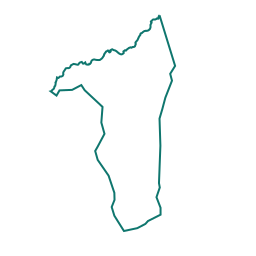 Fray Marcos, Florida, Uruguay (Robinson projection), rotated 163°
{"feature_id": "84410073B87921913847121", "entity_name": "Fray Marcos", "entity_type": "district", "adm_level": 2, "iso_a3": "URY", "parent_name": "Uruguay", "parent_adm1": "Florida", "projection": "robinson", "projection_center": [-55.745, -34.114], "detail": "fine", "context": "isolated", "style": "outline", "palette": "teal", "viewbox_px": 256, "rotation_deg": 163, "n_neighbors": 0, "source": "geoboundaries", "source_scale": "gbopen_adm2", "svg_char_len": 4818}
<svg xmlns="http://www.w3.org/2000/svg" viewBox="0 0 256 256"><g transform="rotate(163 128 128)"><path d="M181.1,197.1L181.6,196.2L182.0,195.1L182.8,194.1L183.4,193.1L184.0,192.8L184.2,191.6L184.8,190.5L185.3,189.6L186.2,189.2L186.7,188.1L187.8,187.0L189.2,186.6L190.2,185.7L191.2,185.7L186.9,179.9L182.5,184.0L170.3,180.8L160.1,182.7L158.4,176.8L146.2,155.6L151.9,141.0L152.2,129.3L162.4,119.1L166.1,115.6L166.3,106.4L160.5,88.1L160.0,70.0L161.9,63.2L166.7,57.2L166.7,48.1L162.0,30.7L148.4,29.5L139.4,31.2L136.1,33.2L122.2,35.6L120.2,42.2L121.0,53.5L115.0,61.8L114.5,66.2L102.2,101.6L95.1,127.8L89.5,136.3L83.4,146.1L72.1,160.4L71.8,167.5L64.8,173.6L64.9,226.5L64.9,226.4L65.2,226.4L65.3,226.3L65.5,226.2L65.6,225.9L65.8,225.8L65.8,225.7L66.1,225.4L66.3,225.2L66.5,224.9L66.6,224.6L66.6,224.4L66.8,224.1L66.9,223.9L67.0,223.8L67.1,223.7L67.3,223.7L67.4,223.8L67.5,224.1L67.9,224.2L68.0,224.2L68.1,224.3L68.3,224.3L68.5,224.3L68.7,224.1L68.8,224.0L69.2,223.9L69.4,223.9L69.5,223.9L70.1,223.9L70.5,223.8L70.8,224.0L71.1,224.1L71.7,224.3L72.1,224.4L72.3,224.4L72.7,224.3L73.1,224.1L73.3,224.0L73.8,223.6L74.2,223.4L74.4,223.4L74.8,223.3L75.0,223.2L75.1,222.8L75.1,222.7L74.9,222.5L74.9,222.4L74.7,222.4L74.6,222.2L74.6,221.9L74.8,221.6L75.1,221.4L75.3,221.2L75.5,221.0L75.6,220.9L76.0,220.4L76.4,220.0L76.5,219.7L76.6,219.0L76.7,218.8L76.8,218.5L77.0,217.8L77.2,217.5L77.3,217.3L77.6,216.9L78.2,216.2L78.3,216.1L78.6,216.0L78.8,216.0L79.0,215.9L79.2,215.7L79.3,215.6L79.8,215.5L80.2,215.4L80.5,215.3L80.8,215.3L81.1,215.4L81.3,215.5L81.5,215.5L82.2,215.5L82.6,215.7L82.7,215.8L82.9,215.8L83.1,215.8L83.3,215.8L83.5,215.8L83.8,215.9L84.2,215.8L84.4,215.8L84.8,215.7L85.6,215.4L86.3,215.1L86.6,214.9L86.8,214.8L87.1,214.8L87.3,214.8L87.6,214.8L87.9,214.8L88.2,214.7L88.3,214.6L88.4,214.4L88.5,214.4L88.6,214.2L88.8,213.8L89.0,213.7L89.1,213.3L89.8,212.8L90.5,212.4L90.7,212.1L91.0,211.8L91.3,211.6L91.4,211.4L91.7,211.1L91.8,210.9L91.9,210.7L92.1,210.5L92.4,210.3L92.5,210.1L92.7,209.9L92.9,209.7L93.1,209.4L93.3,209.3L93.5,209.1L93.9,208.9L94.1,208.7L94.5,208.5L94.7,208.3L94.9,208.3L95.3,208.0L95.5,207.9L95.7,207.7L95.8,207.6L96.0,207.3L95.9,207.2L95.9,206.7L96.0,206.1L96.1,205.9L96.2,205.7L96.5,205.4L96.8,205.0L97.0,204.9L97.2,204.5L97.4,204.2L97.5,204.1L98.0,203.9L98.6,203.8L99.0,203.9L99.4,203.9L99.5,204.0L99.8,204.1L100.0,204.1L100.4,204.0L100.5,203.9L100.9,203.8L101.2,203.8L101.4,203.8L101.5,203.9L101.8,204.3L102.0,204.3L102.3,204.4L102.5,204.4L102.9,204.3L103.1,204.3L103.4,204.3L103.7,204.3L103.8,204.2L104.0,204.1L104.4,203.9L104.5,203.9L104.8,203.9L105.3,203.8L105.5,203.7L105.8,203.5L106.1,203.3L106.3,203.2L106.7,203.1L106.9,203.0L107.0,202.9L107.3,202.7L107.4,202.8L107.6,202.8L107.8,203.1L108.2,203.2L108.4,203.2L108.6,203.1L108.8,202.9L109.1,202.8L109.3,202.8L109.5,202.7L109.8,202.7L110.0,202.5L110.1,202.4L110.1,202.0L110.1,201.8L110.1,201.6L110.1,201.4L110.1,201.1L110.2,200.9L110.4,200.8L110.6,200.7L110.8,200.6L111.6,200.4L111.8,200.4L112.1,200.3L112.3,200.3L112.5,200.3L113.1,200.5L113.5,200.7L114.2,201.3L114.4,201.5L114.5,201.7L114.7,201.8L114.8,202.0L115.1,202.4L115.2,202.7L115.4,202.8L115.5,203.0L115.7,203.3L115.8,203.5L116.0,203.8L116.2,204.1L116.4,204.4L116.4,204.5L116.5,204.7L116.6,204.8L116.8,205.0L117.0,205.3L117.5,205.7L117.6,205.9L117.9,206.1L118.1,206.2L118.4,206.4L118.6,206.5L118.8,206.6L119.0,206.7L119.1,206.9L119.3,207.0L119.6,207.3L119.7,207.5L119.8,207.7L119.9,207.8L120.0,207.8L120.4,207.9L120.5,207.9L121.1,207.7L121.4,207.7L121.5,207.7L121.8,207.5L121.9,207.4L122.0,207.4L122.0,207.2L122.0,206.9L122.1,206.6L122.1,206.4L122.3,206.2L122.5,206.1L122.8,205.9L123.0,205.8L123.3,205.7L123.5,205.7L123.7,205.8L123.8,205.9L123.9,206.1L123.9,206.3L123.9,206.5L123.9,206.9L123.9,207.1L124.0,207.4L124.1,207.6L124.3,207.8L124.5,208.0L124.8,208.0L124.9,207.9L125.0,207.8L125.2,207.7L125.3,207.7L125.5,207.7L125.8,207.6L126.1,207.6L126.4,207.6L126.5,207.6L126.9,207.4L127.0,207.3L127.0,207.1L127.2,206.9L127.3,206.8L128.3,206.3L128.4,206.2L128.5,206.1L128.7,205.9L128.8,205.7L129.0,205.7L129.3,205.3L129.4,205.2L129.5,205.1L129.6,204.9L129.8,204.5L129.9,204.3L129.9,204.2L130.0,204.1L130.3,204.0L130.5,203.8L130.6,203.7L130.9,203.5L131.0,203.4L131.5,202.9L132.7,202.1L133.8,201.7L135.1,201.3L136.3,201.6L137.8,202.1L139.2,202.8L140.4,203.5L141.9,203.5L142.9,203.1L143.7,202.4L144.3,201.3L145.6,200.4L146.3,200.7L146.9,200.1L148.1,200.4L149.3,201.0L149.7,202.1L149.7,203.2L150.4,203.0L151.4,202.5L152.2,202.7L152.6,203.7L152.9,204.7L154.7,204.7L156.0,204.1L156.9,203.2L157.6,203.2L159.1,204.0L160.1,204.6L161.4,205.2L162.8,204.9L164.3,204.6L165.3,203.3L166.3,202.7L167.3,202.6L168.7,203.1L170.1,203.2L171.4,202.0L173.1,200.7L173.9,199.6L174.2,198.0L175.3,196.9L176.7,196.7L178.1,197.1L179.8,196.2L180.7,196.7L181.1,197.1Z" fill="none" stroke="#0f766e" stroke-width="2"/></g></svg>